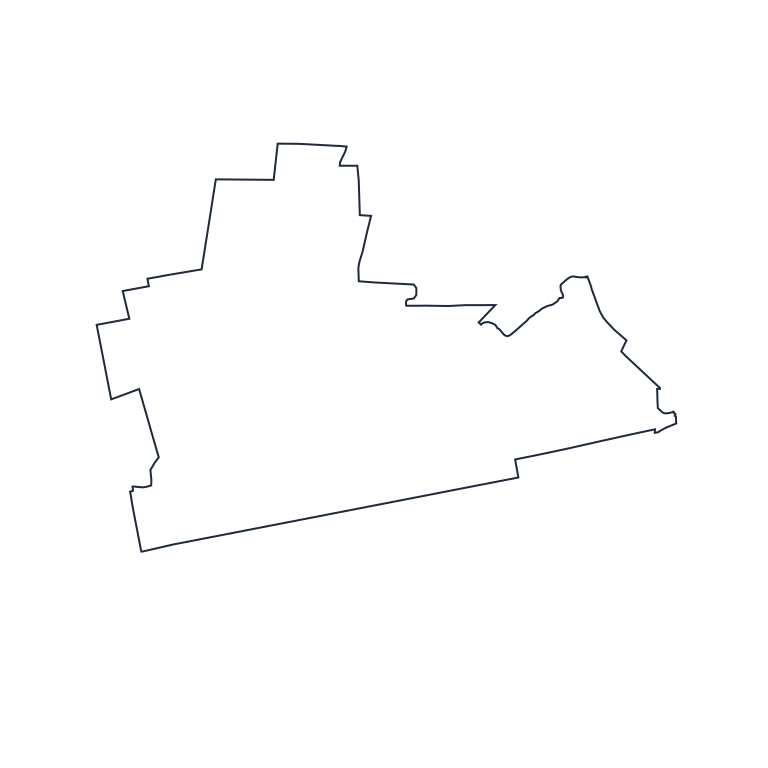 Troianul, Teleorman, Romania (orthographic projection), rotated 104°
{"feature_id": "2599482B81423793179318", "entity_name": "Troianul", "entity_type": "district", "adm_level": 2, "iso_a3": "ROU", "parent_name": "Romania", "parent_adm1": "Teleorman", "projection": "orthographic", "projection_center": [24.994, 44.017], "detail": "fine", "context": "isolated", "style": "outline", "palette": "slate", "viewbox_px": 768, "rotation_deg": 104, "n_neighbors": 0, "source": "geoboundaries", "source_scale": "gbopen_adm2", "svg_char_len": 2389}
<svg xmlns="http://www.w3.org/2000/svg" viewBox="0 0 768 768"><g transform="rotate(104 384 384)"><path d="M396.1,677.1L464.9,645.0L448.1,620.4L485.9,598.6L509.7,584.8L515.5,587.3L521.7,589.2L523.8,589.9L533.7,586.4L538.8,585.4L541.3,589.8L542.6,592.8L543.5,598.4L544.0,602.3L544.5,603.2L547.7,601.9L548.6,601.9L549.8,604.3L564.6,597.9L584.8,588.5L602.3,580.4L604.7,579.2L605.3,578.9L604.8,577.4L590.8,549.9L442.2,231.0L425.5,238.5L416.5,219.5L402.1,189.9L386.8,159.6L373.6,133.0L362.4,110.1L365.9,109.5L364.7,106.7L364.0,105.9L361.9,104.0L359.2,101.0L357.3,98.7L356.6,97.7L351.6,90.9L345.0,92.9L344.5,94.2L342.7,93.8L341.4,96.9L340.1,95.7L341.8,97.7L343.0,100.0L344.4,103.5L344.5,105.0L344.2,107.0L341.1,112.5L335.8,114.1L322.7,117.8L321.9,115.1L321.2,115.2L298.6,155.9L295.0,161.7L283.0,159.3L275.6,173.8L269.6,183.2L266.5,187.3L264.6,189.1L264.3,189.4L262.3,191.2L260.8,192.5L256.4,195.5L252.1,198.5L249.2,200.3L246.8,202.0L241.8,205.4L239.1,206.8L230.5,212.6L231.1,213.3L231.1,213.5L231.1,214.2L231.4,214.2L231.8,214.2L231.7,214.8L232.2,216.3L233.0,218.9L233.6,223.5L233.6,224.1L233.7,225.8L234.4,228.0L236.1,230.1L238.4,232.0L244.4,236.2L246.1,236.5L246.7,236.3L250.2,235.1L250.8,234.7L253.7,232.4L254.6,232.0L255.0,231.6L256.0,231.4L256.3,231.6L257.1,231.5L258.2,234.6L261.3,235.6L262.3,236.2L266.2,239.7L267.7,242.4L269.2,244.9L272.7,249.0L274.4,250.3L275.7,251.2L278.7,254.3L281.5,255.8L282.2,256.9L284.0,258.4L284.7,259.0L286.6,260.0L288.7,261.1L290.4,262.4L301.3,269.8L302.8,271.0L306.3,273.6L307.0,274.6L307.5,275.4L307.8,276.7L307.6,278.2L307.3,278.9L307.0,279.7L302.7,285.7L302.5,287.4L299.8,290.1L298.8,293.9L298.7,297.3L299.0,298.4L299.3,299.7L299.6,300.7L300.8,302.7L302.9,304.2L302.8,304.3L301.4,307.0L280.5,295.1L287.8,324.1L292.7,340.2L297.8,362.0L302.7,381.3L300.6,382.2L298.3,382.5L296.3,381.8L293.8,375.7L289.8,374.2L283.1,375.8L280.3,379.2L288.0,419.0L290.4,433.3L277.5,437.0L271.3,437.4L260.6,436.8L240.8,437.2L224.0,437.2L226.0,448.3L192.8,457.7L178.7,462.7L182.9,479.7L179.6,480.3L174.6,479.3L167.7,477.8L162.7,477.7L163.7,484.3L163.7,484.6L164.6,488.4L164.6,488.7L165.3,492.3L171.4,524.0L176.5,545.3L207.6,541.1L212.6,540.4L224.8,591.2L225.5,593.9L226.2,596.7L245.4,595.0L259.8,593.7L316.9,588.7L323.6,604.1L332.3,624.0L333.6,626.7L339.1,639.0L346.0,635.8L357.0,660.0L382.3,646.9L390.6,665.0L396.1,677.1Z" fill="none" stroke="#1e293b" stroke-width="2"/></g></svg>